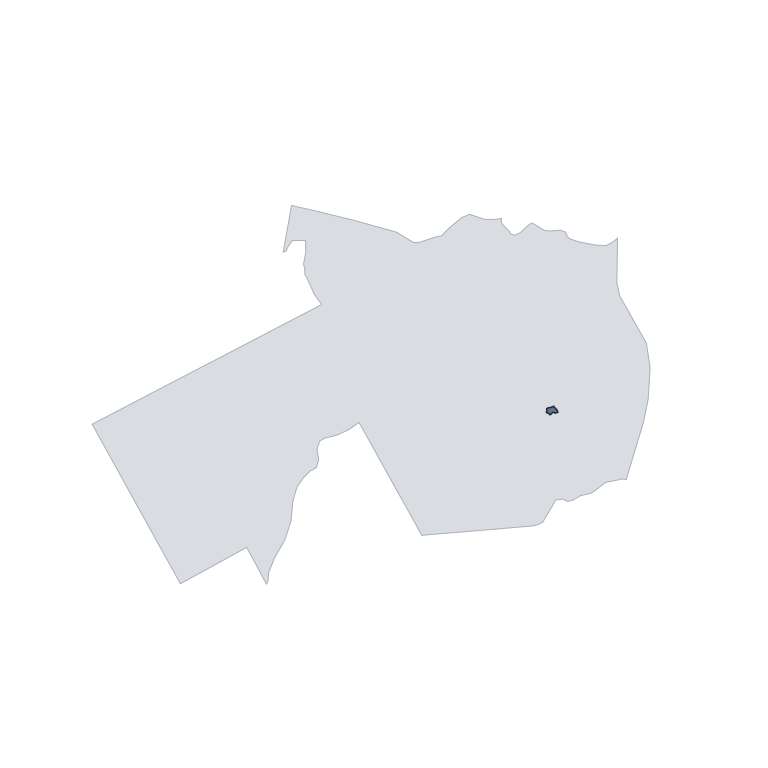 Santa Lucía Utatlán, Sololá, Guatemala (highlighted), rotated 241°
{"feature_id": "79465075B3203772279069", "entity_name": "Santa Lucía Utatlán", "entity_type": "district", "adm_level": 2, "iso_a3": "GTM", "parent_name": "Guatemala", "parent_adm1": "Sololá", "projection": "equal_earth", "projection_center": [-91.278, 14.782], "detail": "fine", "context": "in_parent", "style": "filled", "palette": "slate", "viewbox_px": 768, "rotation_deg": 241, "n_neighbors": 0, "source": "geoboundaries", "source_scale": "gbopen_adm2", "svg_char_len": 2345}
<svg xmlns="http://www.w3.org/2000/svg" viewBox="0 0 768 768"><g transform="rotate(241 384 384)"><path d="M183.0,549.5L185.6,546.0L187.9,538.0L190.6,529.8L188.9,520.3L188.0,512.6L191.1,501.4L190.8,493.0L192.2,487.8L196.8,484.4L199.2,478.0L186.2,455.9L186.3,450.9L188.0,444.7L198.6,421.1L211.1,393.1L225.0,362.3L233.3,343.7L263.6,343.7L283.7,343.6L309.1,343.6L336.8,343.6L355.0,343.6L362.5,343.4L361.2,331.3L362.1,317.9L365.4,305.8L365.4,300.5L360.0,294.0L349.5,290.2L343.7,284.4L343.6,277.1L341.1,268.2L336.0,257.8L325.4,247.2L309.4,236.4L295.8,221.8L284.6,203.5L275.1,191.8L267.8,186.9L266.1,184.2L287.5,184.5L307.7,184.7L307.8,158.5L307.9,135.3L308.0,109.1L344.7,109.1L388.4,109.1L433.8,109.2L469.4,109.2L490.3,109.3L489.5,141.8L488.6,179.5L487.9,207.2L486.9,244.3L485.9,282.2L484.6,333.9L483.7,367.4L484.2,368.1L496.2,366.5L513.8,368.0L518.2,367.9L523.6,370.8L527.8,371.7L536.8,379.2L547.4,384.9L554.0,373.4L550.5,366.5L547.8,362.9L548.2,359.8L585.0,389.7L580.7,394.3L571.4,404.9L554.6,423.1L539.5,439.4L524.9,454.1L511.8,467.5L510.3,468.8L493.6,478.3L490.9,482.7L487.3,501.5L485.7,506.1L488.8,516.6L491.9,532.7L490.9,541.2L479.4,551.6L474.1,560.9L471.8,567.0L469.7,565.4L466.2,564.9L457.9,567.3L453.9,567.8L450.6,570.5L450.3,576.3L452.5,585.7L453.3,590.6L451.0,592.9L440.9,598.5L436.9,604.1L433.0,612.8L428.6,616.5L423.9,615.8L420.6,617.1L413.6,623.6L403.0,636.3L397.3,645.6L397.2,652.7L398.3,658.9L359.6,636.7L346.8,632.9L292.5,633.3L269.2,624.6L242.7,607.7L224.8,592.4L183.0,549.5Z" fill="#d9dde1" stroke="#a8b0b8" stroke-width="1"/><path d="M276.3,518.9L276.2,519.1L275.7,519.6L275.2,520.3L275.2,521.5L275.0,522.2L275.1,522.3L275.2,522.5L275.6,522.5L276.4,522.6L277.1,522.6L277.4,522.6L278.0,522.6L279.5,522.2L280.2,522.0L280.3,521.9L280.9,521.7L281.8,521.4L282.1,521.5L282.3,521.6L282.4,521.2L282.4,520.2L282.5,520.1L282.5,519.5L282.6,518.7L282.9,517.8L283.2,517.1L283.4,516.2L283.5,515.9L283.7,515.6L283.5,515.1L283.5,514.3L283.3,514.1L282.9,513.9L282.0,513.7L281.7,513.6L281.4,513.3L281.2,512.8L281.0,512.6L280.8,512.4L280.4,512.3L279.9,512.4L279.7,512.5L279.4,512.9L278.8,513.5L278.4,513.7L278.0,513.8L277.8,513.9L276.9,514.1L276.6,514.3L276.5,514.6L276.5,514.9L276.7,515.5L276.8,515.8L276.8,516.0L276.9,516.3L277.0,516.5L277.2,517.1L277.3,518.0L276.9,518.6L276.3,518.9Z" fill="#64748b" stroke="#1e293b" stroke-width="1.5"/></g></svg>